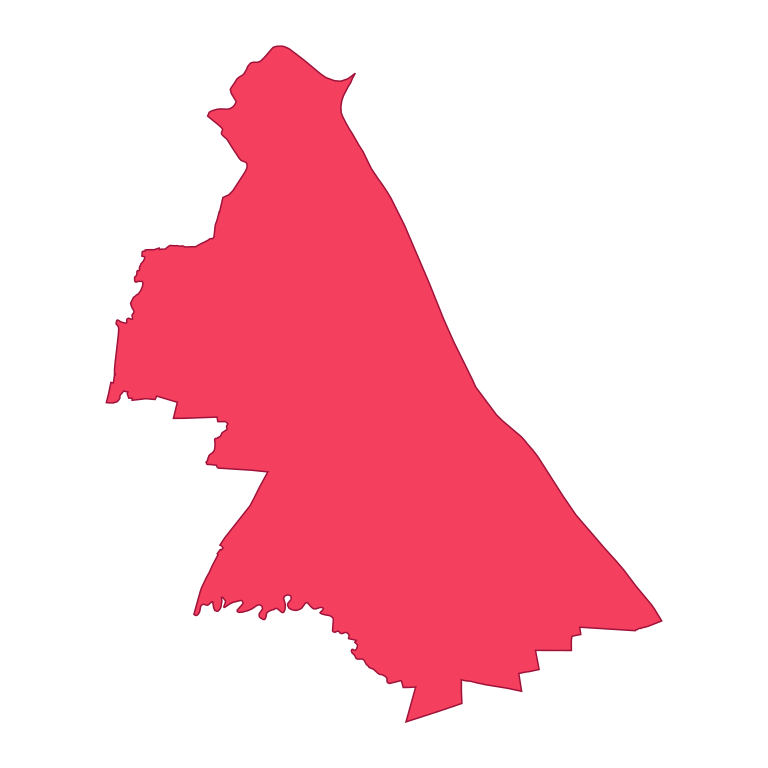 Long Phu, Sóc Trăng, Vietnam
{"feature_id": "81297802B46768613136824", "entity_name": "Long Phu", "entity_type": "district", "adm_level": 2, "iso_a3": "VNM", "parent_name": "Vietnam", "parent_adm1": "Sóc Trăng", "projection": "albers", "projection_center": [106.051, 9.663], "detail": "fine", "context": "isolated", "style": "filled", "palette": "rose", "viewbox_px": 768, "rotation_deg": 0, "n_neighbors": 0, "source": "geoboundaries", "source_scale": "gbopen_adm2", "svg_char_len": 6095}
<svg xmlns="http://www.w3.org/2000/svg" viewBox="0 0 768 768"><path d="M106.3,402.6L109.3,402.9L113.5,402.9L117.2,401.7L118.8,399.9L119.8,398.3L120.1,395.3L123.0,391.9L124.0,391.0L125.7,391.6L127.9,391.9L127.4,393.2L127.3,393.9L128.7,398.1L132.1,398.3L132.1,400.3L145.8,398.7L155.1,399.5L156.7,396.1L177.3,402.3L173.4,418.4L184.0,418.3L217.1,417.1L217.7,421.4L218.0,421.7L225.1,421.6L226.0,422.0L228.0,423.9L226.5,426.0L226.6,427.4L227.1,428.9L226.8,429.6L226.2,430.0L222.1,432.7L220.4,436.3L218.0,437.5L216.7,438.4L215.5,438.4L214.9,438.9L214.6,440.0L214.9,441.9L215.0,445.6L214.6,449.4L214.0,450.8L212.4,452.8L210.0,454.5L209.0,455.6L208.0,458.3L207.1,461.4L206.5,461.9L206.0,462.1L206.9,464.2L207.7,464.5L210.7,464.5L213.9,465.0L216.2,465.1L217.1,467.0L218.0,467.6L218.2,468.1L251.3,470.2L267.8,471.9L259.1,487.9L253.7,498.8L249.9,505.9L224.8,537.7L219.9,545.1L221.1,545.6L223.1,548.0L221.3,550.0L220.3,549.5L217.2,553.7L218.0,554.7L211.9,566.4L209.5,571.9L206.3,577.7L201.4,588.1L200.4,591.0L193.9,614.3L195.0,615.2L196.4,615.5L197.1,615.2L198.5,613.9L199.7,611.6L200.7,606.4L201.5,605.1L202.7,604.5L204.0,604.3L206.7,605.2L207.6,605.2L208.6,604.7L210.1,603.1L212.4,601.7L212.7,601.8L213.6,607.4L214.7,610.3L216.4,611.2L218.0,611.1L218.4,610.8L220.1,608.8L221.0,606.9L221.9,601.0L221.5,597.8L221.7,597.2L222.3,597.2L223.2,598.0L225.4,600.8L225.4,602.4L223.9,606.3L223.8,607.1L224.3,607.4L224.8,607.3L230.3,603.6L232.9,602.4L240.9,600.4L241.8,600.6L242.8,601.9L243.1,602.8L243.0,603.3L242.3,604.4L237.2,610.1L237.3,611.6L239.0,612.4L242.5,612.1L248.3,610.5L251.9,608.9L257.0,605.4L259.2,604.8L260.8,605.2L262.1,606.6L262.5,608.6L262.0,609.7L259.4,613.4L259.1,614.1L259.2,616.1L259.5,616.9L260.4,617.9L262.5,619.1L263.8,619.6L264.6,619.5L265.3,618.7L266.2,616.3L266.4,614.4L267.0,612.6L269.0,611.2L272.1,609.9L273.7,609.6L275.4,608.6L276.7,608.4L277.5,608.8L281.6,612.2L282.9,612.6L283.6,612.3L284.7,610.4L285.1,609.0L285.3,605.8L285.2,603.8L283.6,598.3L284.4,596.4L285.3,595.8L287.5,594.9L289.1,595.1L290.4,595.8L291.0,596.7L291.2,598.4L290.9,599.7L288.1,603.0L287.5,604.6L287.7,605.7L288.9,608.0L289.8,608.7L292.1,609.8L295.3,610.4L296.6,610.3L297.6,610.1L300.3,609.0L301.4,608.4L302.1,607.7L305.4,603.1L306.6,602.6L307.1,602.6L307.6,603.0L311.7,607.5L313.5,608.8L315.9,608.9L319.7,607.6L321.0,607.4L322.7,607.8L323.2,608.3L323.3,608.8L323.1,609.5L320.2,612.4L320.0,612.7L320.3,613.2L321.9,614.0L324.9,614.8L329.9,615.7L331.7,616.8L332.6,617.7L333.0,618.3L333.3,619.3L333.3,620.1L332.5,630.8L333.1,631.7L334.8,632.3L337.3,631.3L338.4,631.2L339.7,632.3L340.2,633.2L341.3,633.6L342.1,633.6L345.2,632.4L346.6,632.6L348.0,633.6L349.0,634.9L349.0,636.3L348.5,638.5L348.8,638.7L356.0,640.2L356.4,640.4L356.4,640.7L355.2,641.6L354.8,642.4L356.6,643.9L357.3,644.9L357.4,646.4L356.5,648.8L355.7,650.1L355.3,650.3L354.3,650.1L352.7,649.3L352.2,649.4L351.8,649.6L351.5,650.2L351.4,651.3L352.0,652.8L354.8,655.6L355.8,658.0L356.3,658.6L357.6,659.1L361.8,659.0L363.1,659.4L364.2,660.4L366.5,664.7L368.2,666.0L369.1,667.4L373.7,669.4L377.9,673.3L378.9,674.0L379.9,674.4L382.1,674.7L385.6,676.6L386.9,678.2L387.0,681.2L387.5,682.6L389.5,683.5L401.1,680.6L401.9,682.5L403.2,687.5L409.5,687.4L415.7,687.0L406.0,721.9L440.5,710.7L461.9,703.4L461.4,691.3L461.4,681.5L461.2,679.8L465.6,680.8L470.4,681.2L476.6,682.8L485.5,684.7L507.6,688.3L521.6,691.3L518.8,673.5L525.5,672.1L529.8,671.5L539.1,669.5L535.5,650.4L571.4,650.5L571.3,641.4L571.8,636.6L572.1,636.3L575.4,635.5L580.8,634.5L579.7,627.2L635.3,630.7L635.8,630.0L637.0,629.7L639.0,628.5L639.6,628.4L641.0,628.4L642.6,627.6L644.6,627.3L648.6,626.1L661.7,620.9L654.7,609.3L651.8,605.1L635.9,586.0L623.6,569.7L615.7,560.5L605.0,548.7L575.9,514.9L563.0,496.0L537.9,456.7L533.0,450.3L527.4,443.9L523.7,439.3L521.4,436.8L502.3,420.6L496.6,415.0L475.7,387.0L472.3,379.4L453.7,341.7L443.8,319.4L429.4,283.5L404.6,225.5L391.1,198.4L387.8,192.9L383.3,186.0L378.4,179.2L371.3,168.6L363.1,151.7L359.1,145.5L352.4,133.8L349.3,129.0L345.1,121.4L342.6,116.4L341.2,112.7L340.9,106.8L341.8,100.7L343.4,95.9L348.2,86.6L350.7,82.7L352.4,78.5L355.3,73.2L351.2,76.4L347.6,78.9L342.3,80.7L340.3,81.2L334.4,80.7L326.0,77.6L320.6,73.9L302.9,59.2L289.2,48.8L284.4,46.6L281.4,46.1L276.7,46.3L274.5,46.9L273.3,47.3L271.9,48.7L265.3,56.4L261.2,60.6L259.6,61.6L257.3,62.3L253.6,62.2L250.9,62.9L250.0,63.6L247.6,66.6L246.4,69.7L243.9,73.8L242.7,75.0L238.9,77.3L236.8,79.1L234.6,82.8L231.5,87.2L230.3,89.4L231.3,93.5L236.0,101.2L236.0,101.8L235.5,103.3L233.9,105.9L231.5,107.8L229.7,108.7L227.5,109.2L220.9,108.9L217.5,109.2L212.7,110.5L209.7,111.9L209.2,112.3L207.6,116.1L219.4,125.7L221.9,128.2L222.6,129.5L221.4,133.0L221.5,133.8L222.6,135.5L226.9,139.2L232.6,148.3L239.3,158.5L241.2,160.5L245.6,162.2L246.3,162.8L246.9,163.9L247.1,166.9L246.5,168.9L245.0,172.0L232.8,190.8L228.7,194.9L222.9,197.5L219.5,212.1L219.2,211.9L216.9,220.5L215.3,224.9L214.0,236.3L213.6,237.6L212.5,238.6L210.0,238.7L208.0,240.2L204.8,241.9L200.3,244.0L195.3,246.9L192.4,246.7L185.4,247.0L182.6,245.9L179.9,246.2L176.5,245.6L175.0,245.8L170.4,245.4L168.5,246.3L165.1,249.1L160.7,249.2L159.7,249.6L159.2,248.0L154.1,249.7L148.9,249.7L145.2,249.9L144.9,251.1L143.1,251.2L142.2,251.8L141.9,256.2L143.9,256.6L144.7,257.1L144.4,259.0L143.1,261.4L140.9,263.9L140.5,265.3L140.0,266.0L139.5,267.1L139.4,270.2L138.7,270.7L137.5,270.6L136.9,271.6L136.9,273.5L136.4,275.6L134.9,276.9L134.6,277.4L134.6,279.8L134.8,281.2L135.4,281.9L135.9,282.1L136.8,282.0L137.7,281.4L142.1,281.4L142.6,282.0L142.9,283.2L142.7,285.0L142.3,286.9L140.5,291.0L138.3,293.9L136.4,295.0L134.5,296.8L133.5,297.3L130.6,303.2L131.1,305.4L132.2,308.0L133.8,310.8L134.0,311.8L133.8,312.6L132.1,314.8L132.0,315.5L132.5,317.7L132.4,319.2L131.6,319.3L128.5,318.2L127.9,318.4L126.9,319.3L126.7,320.4L126.7,322.5L126.4,323.0L125.1,323.1L121.1,322.0L118.0,320.1L117.5,320.0L116.9,320.3L116.5,321.0L116.1,323.9L117.6,325.6L118.2,326.6L118.5,327.5L118.7,329.5L118.3,335.2L115.1,362.9L114.5,369.6L114.5,374.1L115.3,374.1L115.2,375.0L114.5,375.0L113.4,382.9L110.9,382.4L108.4,394.5L106.3,402.6Z" fill="#f43f5e" stroke="#9f1239" stroke-width="1.5"/></svg>